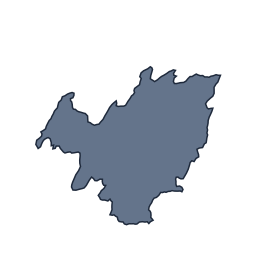 outline of Arataca, Bahia, Brazil, rotated 26°
{"feature_id": "56859067B63657419355760", "entity_name": "Arataca", "entity_type": "district", "adm_level": 2, "iso_a3": "BRA", "parent_name": "Brazil", "parent_adm1": "Bahia", "projection": "equal_earth", "projection_center": [-39.425, -15.232], "detail": "fine", "context": "isolated", "style": "filled", "palette": "slate", "viewbox_px": 256, "rotation_deg": 26, "n_neighbors": 0, "source": "geoboundaries", "source_scale": "gbopen_adm2", "svg_char_len": 3565}
<svg xmlns="http://www.w3.org/2000/svg" viewBox="0 0 256 256"><g transform="rotate(26 128 128)"><path d="M191.0,199.9L189.2,199.0L187.7,198.4L186.9,196.3L185.6,194.1L184.2,193.0L182.4,192.5L181.6,189.9L181.6,187.5L182.0,184.8L181.8,182.0L182.2,179.6L184.0,177.9L185.2,175.1L185.6,171.6L187.3,170.9L188.7,169.5L190.4,169.1L191.9,167.4L193.7,166.4L195.0,165.0L197.2,164.4L200.1,163.1L202.6,161.7L204.4,161.7L204.4,159.2L202.4,157.7L199.9,157.5L197.3,159.2L195.7,157.5L194.5,154.9L193.2,153.1L192.9,151.1L194.4,150.2L195.9,150.6L197.9,150.5L199.8,149.4L200.3,143.0L200.2,138.5L199.5,134.2L199.0,131.8L199.7,129.5L202.1,129.2L202.5,125.5L204.2,122.9L203.0,120.9L200.9,118.8L199.3,116.9L200.9,114.7L203.6,112.9L203.6,108.7L204.7,107.0L204.0,104.7L203.2,102.3L202.6,99.3L201.1,97.9L200.4,94.9L198.9,93.1L198.4,90.6L197.8,88.5L196.8,86.2L196.2,82.6L196.2,80.5L196.1,76.7L195.6,73.0L193.9,74.0L191.9,75.6L190.1,75.1L188.6,73.6L187.1,72.3L187.4,69.1L189.0,65.0L190.3,62.3L190.2,59.1L188.8,56.2L187.5,53.7L187.8,50.0L188.6,47.4L188.3,44.1L188.0,40.1L186.1,41.0L183.8,41.5L181.6,43.8L179.8,45.1L178.6,46.9L177.0,47.3L174.5,48.5L172.2,48.1L170.0,49.3L167.7,49.6L165.7,49.6L164.1,51.9L163.1,53.6L161.2,54.6L160.3,57.2L159.5,60.5L158.1,62.6L155.2,64.3L153.5,65.7L152.1,66.8L150.2,67.7L148.4,66.3L147.6,62.9L148.7,60.2L146.1,60.5L145.0,58.9L145.4,55.4L143.2,55.9L141.8,57.8L140.4,59.1L138.9,62.0L137.0,65.0L135.5,67.0L134.6,68.8L133.4,71.7L131.6,74.6L129.3,74.3L126.5,74.0L125.5,71.0L125.0,68.0L124.4,64.7L123.0,63.4L121.2,63.2L119.8,66.1L116.9,69.8L115.6,72.7L116.1,76.7L118.2,77.7L118.6,81.0L119.4,84.0L118.0,86.8L116.6,89.5L117.0,91.8L118.4,93.3L118.1,95.6L117.1,97.6L116.9,100.6L116.3,103.9L116.1,106.5L115.9,108.7L114.5,110.3L112.0,111.5L109.6,113.0L107.6,113.1L107.0,110.7L105.5,108.8L104.1,111.9L103.3,114.0L102.5,117.6L102.4,120.7L102.2,123.8L101.9,126.9L101.8,131.2L100.7,134.9L100.2,137.3L98.2,138.7L96.7,140.2L94.2,140.3L91.7,139.8L89.3,140.1L88.1,138.0L86.4,134.9L83.3,133.7L81.5,134.1L78.8,134.5L76.4,135.0L74.7,135.0L72.6,134.3L70.7,135.0L69.1,133.9L67.5,131.2L65.9,129.2L64.4,128.6L63.4,126.8L65.2,125.0L65.1,122.4L64.2,120.4L62.2,120.6L60.3,122.3L58.7,124.1L57.2,126.7L55.3,128.7L55.7,132.1L54.5,135.3L55.1,138.4L55.7,140.9L55.0,143.0L54.5,145.2L54.7,148.2L54.5,150.9L54.7,153.4L53.9,155.8L53.8,159.2L53.8,162.3L54.3,164.9L53.0,167.3L51.4,169.7L53.3,171.0L53.9,173.3L52.9,175.9L51.3,179.0L52.4,183.2L54.4,184.5L56.2,185.8L57.6,183.2L57.3,179.8L57.3,177.3L57.8,175.0L59.2,172.9L60.4,171.6L62.7,171.8L65.4,174.7L66.8,177.6L68.6,176.0L69.6,179.7L71.5,178.2L71.4,175.7L74.1,174.4L76.1,176.0L78.9,177.2L80.5,177.9L82.3,178.1L84.4,176.2L86.6,174.8L88.4,175.2L90.7,173.7L93.8,171.4L95.8,171.6L97.1,173.8L98.7,178.1L100.2,180.9L102.2,183.4L102.3,187.9L101.6,192.9L101.8,196.8L102.0,201.1L102.4,203.8L103.1,205.8L105.7,207.9L108.5,206.7L111.2,204.3L113.5,202.4L114.9,201.0L115.7,197.9L115.9,194.6L116.1,191.5L116.8,188.1L119.2,188.6L121.3,189.8L123.3,189.0L125.3,186.2L127.5,185.3L128.3,187.3L129.6,189.0L131.3,190.1L133.1,189.4L132.9,192.8L131.5,196.0L131.4,198.4L130.8,201.6L133.0,202.9L134.6,204.2L136.6,204.0L138.5,203.0L140.1,202.7L141.9,202.4L143.0,199.8L144.4,200.8L146.3,201.4L147.3,204.2L148.2,206.2L149.4,208.3L149.7,211.2L149.8,213.9L152.1,213.3L153.5,212.2L155.5,212.7L157.5,212.8L159.1,214.9L161.0,215.9L163.2,215.3L164.7,214.6L166.8,215.8L169.1,215.5L170.9,213.6L173.3,212.5L174.9,211.6L176.5,211.3L178.1,210.4L179.5,207.5L182.0,205.9L184.5,205.1L186.4,203.8L188.6,204.7L189.2,202.4L191.0,199.9Z" fill="#64748b" stroke="#1e293b" stroke-width="1.5"/></g></svg>